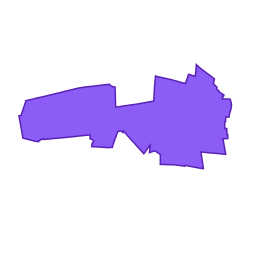 the district of Tezoyuca, México, Mexico, rotated 351°
{"feature_id": "50627088B56189493981612", "entity_name": "Tezoyuca", "entity_type": "district", "adm_level": 2, "iso_a3": "MEX", "parent_name": "Mexico", "parent_adm1": "México", "projection": "albers", "projection_center": [-98.934, 19.594], "detail": "fine", "context": "isolated", "style": "filled", "palette": "violet", "viewbox_px": 256, "rotation_deg": 351, "n_neighbors": 0, "source": "geoboundaries", "source_scale": "gbopen_adm2", "svg_char_len": 4296}
<svg xmlns="http://www.w3.org/2000/svg" viewBox="0 0 256 256"><g transform="rotate(351 128 128)"><path d="M22.6,121.5L23.0,121.7L23.3,121.8L23.7,122.0L24.4,122.3L24.8,122.5L25.3,122.7L25.7,122.8L26.1,123.0L26.4,123.2L26.7,123.3L27.3,123.5L27.6,123.7L28.2,124.0L28.5,124.1L29.4,124.4L30.4,124.9L30.5,124.9L31.1,125.2L31.8,125.5L32.2,125.7L32.6,125.9L32.9,126.0L33.3,126.2L33.5,126.3L33.8,126.4L34.4,126.6L35.7,127.0L37.0,127.4L37.6,127.5L37.8,126.8L38.1,126.7L39.3,126.2L39.7,125.7L39.9,125.7L40.2,126.0L41.6,125.7L42.7,125.5L42.9,126.1L43.3,126.2L44.1,126.2L45.1,126.3L45.5,126.3L46.9,126.4L48.2,126.5L50.1,126.6L51.0,126.7L52.1,126.7L53.7,126.8L55.3,126.9L56.5,127.0L57.6,127.1L59.3,127.2L60.4,127.3L60.7,127.3L62.0,127.4L62.6,127.4L63.4,127.5L64.8,127.5L65.5,127.6L66.8,127.7L67.6,127.7L69.1,127.8L69.4,127.8L72.2,128.0L74.9,128.1L77.7,128.2L89.5,128.9L89.5,129.1L88.9,132.3L88.8,132.7L90.5,133.6L90.9,133.9L91.6,134.5L92.1,135.3L90.2,137.6L90.0,138.0L89.2,140.8L89.5,140.8L92.8,141.5L97.9,142.6L100.9,143.3L101.2,143.3L105.2,144.3L107.8,144.5L109.4,144.7L109.5,144.7L110.6,142.0L112.1,139.5L113.3,137.1L114.6,135.0L115.4,133.5L117.3,130.0L120.3,129.6L121.4,130.9L122.3,131.7L123.1,130.2L124.7,132.9L126.3,135.5L127.5,137.3L129.0,139.6L130.3,141.6L132.6,145.1L134.6,148.3L136.3,150.8L137.9,153.4L139.6,155.9L140.7,154.9L141.6,154.0L142.5,153.1L143.1,152.5L144.4,151.0L146.0,149.4L147.2,148.5L147.0,149.0L145.7,154.2L145.5,155.2L145.4,155.7L148.1,155.2L150.9,154.8L153.4,157.0L155.8,159.3L155.2,163.0L154.6,166.7L154.5,167.3L154.2,169.0L154.5,169.1L157.3,169.6L160.2,170.2L163.1,170.7L167.4,171.5L169.8,172.1L173.1,173.1L176.4,174.1L176.8,174.2L178.0,174.7L178.7,173.9L181.5,174.9L184.2,175.9L187.0,176.9L189.8,177.9L192.5,178.9L196.1,179.9L196.2,171.5L196.2,171.4L196.2,171.2L196.3,163.1L204.2,165.2L208.1,166.1L213.6,167.5L215.0,167.9L215.7,168.1L217.7,168.6L218.7,168.8L219.9,169.1L220.4,169.3L220.3,166.1L220.3,163.0L220.2,159.8L220.2,156.6L220.1,153.5L220.9,153.6L224.9,154.0L225.5,150.4L225.5,150.2L224.9,150.1L224.9,149.7L225.0,147.8L225.3,145.3L225.5,144.0L223.7,143.9L223.9,141.5L223.9,140.9L223.9,140.6L224.0,139.7L224.2,138.4L224.6,136.8L225.3,137.0L225.8,134.8L226.3,132.3L229.4,133.1L230.4,130.1L230.6,129.8L230.7,129.3L231.1,128.6L232.0,126.7L232.6,125.5L233.1,123.9L233.8,122.0L233.8,121.6L233.8,119.7L233.8,119.1L233.7,117.4L233.7,117.2L233.3,115.4L232.9,115.3L232.6,115.3L231.8,115.2L231.2,115.1L230.4,114.8L229.7,114.7L229.0,114.6L228.0,114.5L227.0,114.1L225.9,114.1L225.7,114.0L225.7,113.5L225.9,113.1L226.1,112.6L226.3,112.0L226.4,111.7L226.6,111.0L227.3,111.6L227.9,110.3L227.0,109.6L225.9,108.6L223.5,106.5L223.7,106.0L223.8,105.8L222.9,104.9L221.7,103.5L221.7,103.4L222.0,102.4L222.2,101.5L221.4,100.4L219.2,97.7L219.6,96.7L220.4,94.7L221.1,93.1L220.0,91.9L218.4,90.2L217.0,88.7L214.6,86.4L214.3,86.0L213.6,85.4L212.7,84.4L211.0,82.6L210.9,82.6L210.6,82.1L210.4,81.9L210.2,81.8L209.7,81.3L209.4,80.9L208.9,80.3L207.2,78.4L205.4,76.1L204.7,79.4L204.6,79.9L204.5,80.1L204.1,81.6L203.8,82.6L203.5,83.8L203.2,84.9L202.6,87.4L200.5,86.5L196.2,84.4L195.7,85.4L195.4,86.0L195.2,86.3L194.7,87.4L194.1,88.6L193.2,90.4L193.2,90.5L192.8,91.0L192.2,91.9L191.6,93.2L191.2,92.8L190.3,92.4L189.5,92.1L188.3,91.6L187.8,91.4L186.4,90.8L185.0,90.1L182.3,88.8L181.3,88.4L178.3,87.0L163.8,81.3L163.5,81.0L163.3,80.9L160.9,90.4L160.0,94.1L159.4,97.3L157.6,105.4L150.3,105.6L139.5,105.8L138.0,105.7L130.3,105.6L119.7,105.5L119.1,105.5L119.8,99.5L120.2,96.6L121.2,88.9L121.6,85.4L121.0,85.3L120.2,85.1L119.4,84.8L118.8,84.4L118.0,83.9L117.2,83.0L116.5,82.0L115.2,81.8L112.2,81.7L109.0,81.6L106.0,81.4L103.3,81.4L99.2,81.2L94.1,80.9L90.4,80.8L89.1,80.8L85.4,80.8L82.5,81.0L82.3,81.0L82.2,81.0L78.5,81.4L75.0,81.6L72.7,81.8L70.3,82.0L67.6,82.3L65.5,82.5L65.4,82.5L63.2,82.6L61.2,82.8L60.4,82.9L59.8,82.9L59.1,83.0L55.4,83.2L55.0,83.3L53.9,83.4L50.5,83.7L49.7,83.7L48.5,83.8L47.0,83.9L45.6,84.0L44.3,84.0L43.7,84.1L42.4,84.2L40.9,84.3L37.6,84.6L34.4,84.8L31.2,85.1L31.3,85.5L30.8,86.5L30.2,87.6L29.6,88.8L28.9,90.0L28.7,90.4L28.4,91.0L27.5,92.7L27.2,93.3L27.0,93.6L26.7,94.2L26.3,95.0L25.2,97.1L24.3,98.8L24.2,99.0L22.2,98.8L22.2,99.5L22.3,104.2L22.4,109.5L22.4,109.8L22.4,110.1L22.5,112.8L22.5,114.6L22.6,117.8L22.6,119.6L22.6,121.5Z" fill="#8b5cf6" stroke="#5b21b6" stroke-width="1.5"/></g></svg>